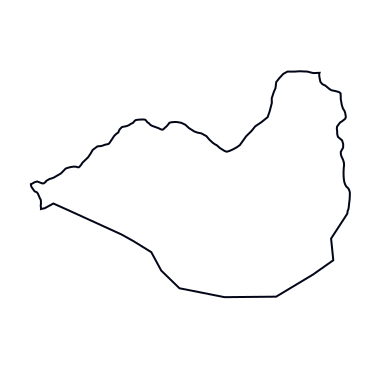 Langchhenphu, Samdrup Jongkhar, Bhutan, rotated 355°
{"feature_id": "84629894B84259399341451", "entity_name": "Langchhenphu", "entity_type": "district", "adm_level": 2, "iso_a3": "BTN", "parent_name": "Bhutan", "parent_adm1": "Samdrup Jongkhar", "projection": "natural_earth1", "projection_center": [92.002, 26.919], "detail": "fine", "context": "isolated", "style": "outline", "palette": "ink", "viewbox_px": 384, "rotation_deg": 355, "n_neighbors": 0, "source": "geoboundaries", "source_scale": "gbopen_adm2", "svg_char_len": 2710}
<svg xmlns="http://www.w3.org/2000/svg" viewBox="0 0 384 384"><g transform="rotate(355 192 192)"><path d="M329.4,84.4L323.1,84.1L317.4,82.1L309.8,81.1L304.6,81.0L297.5,80.4L293.2,82.3L289.0,86.1L285.5,89.8L284.2,95.9L282.3,99.3L279.6,105.6L279.3,110.2L276.4,118.4L273.9,124.0L267.2,128.5L260.7,132.1L256.6,136.4L250.9,141.1L243.7,149.5L240.4,151.4L236.8,153.0L233.1,154.3L230.1,154.9L228.1,154.0L223.7,150.7L220.7,147.5L219.3,146.7L216.9,144.7L214.0,141.5L211.2,137.6L206.4,134.4L202.6,133.3L199.6,131.9L194.6,128.1L191.2,124.4L187.3,122.1L185.2,121.6L183.7,121.1L181.4,120.8L179.1,120.7L177.0,120.8L175.5,121.1L174.1,122.7L172.6,124.2L170.8,125.5L168.7,127.2L167.8,127.3L166.3,126.8L164.2,125.5L161.4,124.2L159.7,123.4L157.8,122.5L156.3,121.4L155.1,119.8L153.6,118.6L152.1,116.3L151.3,115.8L149.8,115.5L147.8,115.4L145.9,115.3L144.2,115.3L142.1,115.5L140.8,116.4L139.3,118.0L137.2,118.7L135.0,119.9L132.9,120.6L130.8,120.9L128.9,121.0L127.7,121.3L126.5,122.4L125.4,123.3L124.2,125.3L123.8,126.3L121.9,127.3L119.5,129.2L117.2,132.1L113.8,136.3L112.8,136.9L109.7,137.3L105.7,138.3L101.8,138.3L99.5,139.7L96.7,141.5L94.4,144.8L91.6,148.3L86.9,152.1L85.5,153.2L83.8,155.4L82.3,156.9L81.4,157.5L80.0,157.3L78.7,156.7L76.3,156.4L73.2,156.6L70.3,157.1L68.1,157.7L65.7,159.8L63.0,162.1L60.9,163.1L58.3,164.3L55.3,165.7L53.0,166.3L51.3,166.6L47.8,168.2L47.2,169.1L45.2,170.4L44.1,170.5L42.9,170.1L42.2,169.7L40.5,168.9L38.6,168.0L35.9,168.6L33.4,169.8L32.2,170.1L32.2,171.2L32.3,172.1L32.7,173.3L33.3,174.3L33.9,175.3L34.6,176.6L35.3,177.6L35.7,177.9L36.7,178.3L37.4,178.8L38.0,179.6L38.4,180.4L38.8,181.6L39.0,182.2L39.3,183.1L39.8,184.6L40.2,185.7L40.6,186.5L40.7,187.0L40.7,187.6L40.6,188.5L40.6,189.2L40.6,190.1L40.4,191.0L40.2,191.8L40.1,192.7L40.2,195.3L40.1,195.8L43.9,195.3L52.9,191.4L65.3,198.3L118.1,228.2L129.2,235.7L146.2,248.4L154.5,267.6L171.1,286.8L215.2,299.6L266.7,303.6L305.3,284.8L326.8,272.3L326.5,250.5L341.8,231.0L344.8,227.1L345.4,224.5L346.4,222.5L347.0,219.9L347.6,216.8L348.4,213.0L348.9,209.3L349.2,206.5L348.9,204.2L348.0,202.0L346.2,200.0L345.3,198.1L344.6,195.3L344.4,192.6L344.4,189.7L344.6,186.5L344.9,183.8L345.3,181.0L345.8,178.8L345.9,176.1L345.3,173.1L344.2,170.2L343.6,167.9L343.7,165.0L345.1,162.9L346.4,161.0L346.8,157.4L346.0,153.6L344.1,151.7L342.2,149.8L341.7,147.0L341.9,144.0L341.8,141.4L342.2,139.5L343.9,137.5L345.6,135.7L348.0,134.4L351.0,132.4L351.8,130.7L351.7,128.8L351.4,126.0L350.7,123.9L349.7,122.2L348.9,118.8L348.6,116.0L348.3,112.6L348.5,109.6L348.6,106.6L347.2,105.3L344.1,104.1L339.6,102.7L337.6,101.1L335.2,98.7L333.8,97.4L331.9,96.4L330.9,95.5L329.5,93.4L329.2,90.9L328.9,88.1L329.0,85.2L329.4,84.4Z" fill="none" stroke="#020617" stroke-width="2"/></g></svg>